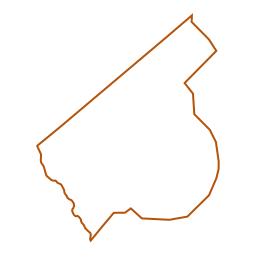 the district of Abbeville, South Carolina, United States of America
{"feature_id": "52423323B54775259864963", "entity_name": "Abbeville", "entity_type": "district", "adm_level": 2, "iso_a3": "USA", "parent_name": "United States of America", "parent_adm1": "South Carolina", "projection": "equal_earth", "projection_center": [-82.57, 34.249], "detail": "fine", "context": "isolated", "style": "outline", "palette": "amber", "viewbox_px": 256, "rotation_deg": 0, "n_neighbors": 0, "source": "geoboundaries", "source_scale": "gbopen_adm2", "svg_char_len": 1054}
<svg xmlns="http://www.w3.org/2000/svg" viewBox="0 0 256 256"><path d="M37.3,145.7L37.4,146.6L40.7,153.6L41.0,154.7L40.8,160.7L41.0,161.8L41.4,162.9L43.4,165.9L44.1,167.7L46.2,175.1L47.0,176.2L51.0,179.7L52.6,180.5L54.1,180.7L55.4,180.6L56.0,181.0L57.5,182.8L60.7,184.2L61.5,185.1L64.0,189.7L64.5,192.8L66.3,195.6L66.9,196.0L67.3,197.6L67.5,197.8L69.1,199.2L69.8,199.5L71.2,200.0L71.7,200.4L73.6,203.1L73.8,203.7L73.8,204.7L73.9,204.9L74.1,205.3L74.1,205.9L73.2,208.3L72.3,209.4L72.2,210.8L72.8,212.7L74.0,214.9L75.6,216.2L76.5,216.2L77.5,215.9L78.9,216.9L80.7,219.2L81.0,220.0L81.1,221.2L81.7,222.7L83.8,224.9L85.2,228.2L87.6,230.6L90.0,232.7L90.6,233.5L90.8,234.9L90.2,238.4L90.2,239.6L90.7,240.6L103.5,225.0L113.8,212.8L125.0,212.7L130.8,208.4L141.9,218.4L169.4,219.8L187.4,216.6L209.0,195.3L216.4,178.2L218.6,169.1L218.7,161.4L215.9,142.0L209.8,129.8L194.3,114.2L193.0,93.7L184.6,83.0L201.0,66.4L216.3,50.9L208.9,39.4L191.6,21.9L191.9,15.4L169.2,34.8L165.4,38.1L163.8,39.4L58.4,128.4L37.3,145.7Z" fill="none" stroke="#b45309" stroke-width="2"/></svg>